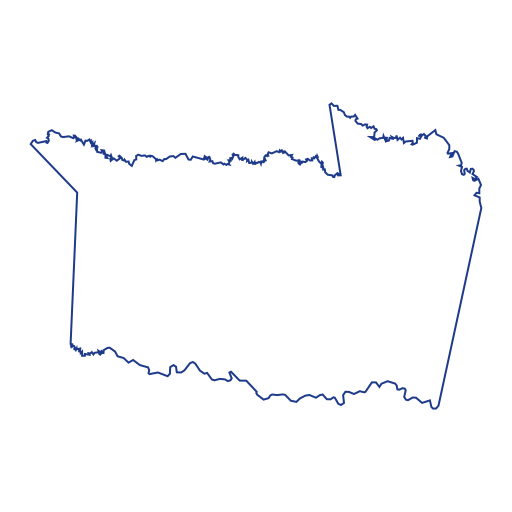 outline of Puerto Rondón, Arauca, Colombia
{"feature_id": "7082276B48605985455717", "entity_name": "Puerto Rondón", "entity_type": "district", "adm_level": 2, "iso_a3": "COL", "parent_name": "Colombia", "parent_adm1": "Arauca", "projection": "robinson", "projection_center": [-71.044, 6.421], "detail": "fine", "context": "isolated", "style": "outline", "palette": "blue", "viewbox_px": 512, "rotation_deg": 0, "n_neighbors": 0, "source": "geoboundaries", "source_scale": "gbopen_adm2", "svg_char_len": 6027}
<svg xmlns="http://www.w3.org/2000/svg" viewBox="0 0 512 512"><path d="M481.3,208.0L479.7,201.6L479.7,197.5L474.5,195.3L476.5,192.8L479.3,193.2L479.3,188.6L481.0,185.0L478.4,178.8L474.4,180.8L473.2,180.3L472.6,177.9L475.0,179.1L476.9,177.0L472.5,174.0L473.9,171.3L473.6,169.7L472.2,168.7L470.8,169.0L469.8,172.5L467.5,170.8L466.7,168.7L465.4,168.8L464.2,170.2L464.7,173.9L463.8,174.8L462.0,174.2L461.0,171.0L462.0,166.9L458.9,165.6L461.2,165.1L461.7,162.9L458.1,153.6L456.8,151.7L454.6,151.2L452.4,156.5L450.1,157.0L451.7,153.1L448.0,153.7L447.5,152.9L449.3,149.0L449.3,145.2L443.8,137.8L436.4,134.3L435.3,130.1L427.4,136.2L426.9,138.5L425.0,137.7L425.8,136.0L423.9,134.0L422.2,135.4L420.9,134.4L419.8,134.9L419.2,135.8L421.3,136.2L420.0,138.8L417.0,138.2L416.9,142.7L412.7,144.7L411.6,144.3L412.8,142.8L412.5,140.8L405.7,141.5L403.9,143.0L403.0,137.9L401.4,139.4L400.0,137.7L397.5,139.9L396.6,135.5L395.9,137.8L394.0,138.1L391.7,136.8L392.4,138.7L389.6,137.9L389.0,140.5L386.6,141.2L386.9,137.8L386.0,137.7L385.3,140.1L383.5,135.8L383.1,137.9L379.6,138.3L377.5,139.7L374.0,137.7L375.5,139.5L374.6,139.9L370.1,137.0L374.1,137.1L374.6,132.4L376.9,130.3L376.3,129.1L374.6,128.8L373.5,126.3L371.1,128.0L369.8,126.8L367.5,128.2L366.6,126.5L367.1,124.6L365.0,124.4L362.7,125.6L361.1,124.0L357.6,123.6L355.4,120.8L355.8,119.3L357.5,118.6L355.1,114.9L353.8,116.5L351.1,116.6L350.1,117.8L349.0,116.6L346.9,116.6L345.0,115.1L343.8,112.2L340.3,109.9L338.4,109.9L337.4,105.8L333.8,105.9L331.5,103.4L329.5,104.8L340.7,175.3L338.1,175.4L337.7,174.4L339.0,174.1L337.5,173.1L334.8,175.4L334.3,177.1L332.9,176.8L332.5,175.4L327.7,174.7L325.2,172.3L324.8,169.4L323.2,169.6L323.1,167.9L321.3,167.0L321.4,165.9L323.0,166.8L322.4,164.4L322.9,162.7L322.0,161.8L321.6,164.0L319.0,161.5L317.1,158.0L317.8,157.2L317.1,155.7L316.8,156.6L316.0,156.2L315.9,157.4L313.9,157.2L314.0,158.4L311.8,158.3L312.2,160.4L310.1,160.5L307.7,158.8L306.1,159.4L307.0,160.8L305.4,162.1L302.6,161.6L302.3,162.3L300.3,161.3L300.8,162.3L299.8,162.1L299.4,163.3L301.1,163.0L300.0,164.5L298.3,162.8L299.0,160.3L296.2,160.7L291.9,159.0L292.5,157.5L290.9,156.8L291.9,155.0L288.6,155.4L284.8,151.3L283.5,151.5L284.0,152.6L283.1,153.0L281.8,150.4L280.7,151.6L279.8,150.4L279.0,152.2L276.7,151.2L271.8,153.4L268.6,152.3L267.7,154.1L268.3,155.7L267.2,155.9L266.7,154.4L266.7,155.9L265.6,155.4L264.2,157.4L265.4,160.0L264.1,159.7L264.4,161.6L263.3,162.2L262.6,160.5L262.6,161.7L261.4,161.4L260.9,163.7L260.3,162.2L258.7,161.9L257.5,163.0L255.7,162.7L255.4,163.9L254.6,163.8L254.5,162.0L253.0,163.7L251.8,161.7L251.7,162.7L249.2,163.0L248.4,159.8L247.1,160.9L247.2,159.8L245.4,157.9L242.8,160.0L242.1,159.9L242.3,157.7L239.7,159.3L238.3,157.0L238.3,155.2L234.8,154.9L233.6,153.7L232.6,154.7L233.4,156.1L232.3,158.6L231.8,157.8L230.2,158.2L231.1,161.5L230.3,160.2L228.5,160.3L229.5,162.0L228.7,163.8L229.2,164.5L227.4,164.0L226.5,164.9L224.3,163.7L223.3,164.4L220.9,162.4L214.8,163.7L213.1,163.2L212.4,161.2L209.7,161.5L210.4,159.9L209.4,157.0L208.1,157.7L207.5,159.7L206.5,159.0L207.0,157.9L205.8,158.5L206.0,157.1L204.7,156.2L203.7,159.5L192.8,156.5L190.7,159.8L188.5,159.5L185.5,153.8L180.8,154.0L175.4,157.8L173.4,156.1L169.8,156.5L166.1,159.1L164.3,159.0L162.7,161.1L159.6,159.7L157.7,160.3L157.1,159.3L156.1,160.5L155.9,159.1L152.6,156.2L150.3,155.7L150.2,156.6L148.3,155.9L146.8,156.9L144.9,155.4L141.7,155.9L138.2,154.7L136.1,156.1L136.3,159.4L134.3,160.2L131.8,165.9L129.1,163.7L128.6,161.5L126.0,161.8L124.5,159.6L124.0,160.5L122.3,159.9L121.9,158.1L119.5,155.7L118.7,156.3L120.4,158.0L116.8,160.7L113.8,158.4L110.7,160.8L110.3,158.8L111.9,157.6L111.0,155.2L110.5,156.4L107.3,154.9L106.6,156.9L107.3,158.0L105.4,157.7L105.5,154.4L103.5,153.7L103.6,152.6L104.7,152.5L104.1,150.5L101.6,150.2L102.2,151.4L101.1,152.8L97.1,151.8L97.1,149.6L96.2,150.0L95.5,148.6L97.5,146.9L96.8,145.9L95.4,146.8L95.0,145.7L93.5,146.1L94.3,143.2L92.0,145.4L92.3,142.0L91.0,142.8L90.9,140.7L90.2,141.3L89.4,139.5L87.2,140.9L85.5,140.6L83.9,144.6L80.9,139.7L80.3,140.4L78.9,139.1L78.9,140.0L77.1,140.8L77.9,139.4L76.9,139.5L77.3,138.3L76.2,138.4L76.1,136.8L74.7,135.5L73.8,135.5L74.2,137.4L73.3,138.2L69.0,136.3L62.9,137.1L60.9,136.4L59.1,133.4L55.2,132.5L51.8,130.2L48.3,131.8L47.9,133.3L48.8,134.2L48.0,134.6L48.8,135.9L47.0,137.8L48.4,138.6L48.8,140.7L47.5,142.9L46.4,142.6L46.3,141.1L37.9,142.9L36.1,142.0L35.2,140.0L32.9,140.8L30.7,144.1L77.2,192.6L70.6,343.8L71.8,344.1L71.0,345.5L71.4,347.1L72.7,346.4L72.6,345.2L74.2,346.2L75.1,348.1L73.7,349.4L75.1,349.0L75.8,350.1L76.7,348.2L76.9,349.3L80.2,348.5L80.1,350.7L79.1,350.4L79.1,351.4L80.8,352.0L80.8,352.9L82.1,351.6L82.1,355.8L84.9,355.7L84.9,354.0L89.4,354.7L88.7,353.2L90.4,353.4L91.8,352.1L93.4,354.4L94.6,352.8L98.7,352.2L98.4,350.8L100.6,352.3L99.3,353.9L100.2,354.6L101.9,352.7L101.0,351.9L101.5,351.0L102.7,351.9L102.6,353.0L103.5,353.0L103.7,350.1L107.6,347.9L109.7,347.7L115.1,351.6L117.6,356.3L123.6,358.0L128.5,362.6L133.1,360.0L139.9,365.1L148.1,367.4L149.2,370.3L148.5,373.1L149.5,374.1L158.0,372.5L167.6,376.2L169.9,373.8L170.2,367.1L173.5,365.1L176.0,366.7L176.8,372.3L181.1,372.5L184.4,370.4L190.1,363.1L192.8,362.0L195.3,363.6L200.0,370.7L204.5,373.7L207.1,372.9L211.9,379.5L214.4,380.3L219.9,378.9L225.0,379.4L227.8,381.1L230.5,380.3L231.7,378.3L229.4,372.5L231.0,371.7L239.7,380.6L246.3,380.7L256.7,391.8L256.3,393.1L257.3,394.8L263.6,399.6L268.5,398.2L270.4,395.4L272.2,394.5L277.1,395.1L282.9,394.4L285.2,394.9L290.8,400.7L296.4,401.9L300.0,398.4L305.4,395.6L309.4,395.0L316.0,397.7L319.7,395.2L322.6,394.5L326.8,399.2L330.6,399.3L333.5,397.3L334.8,397.7L338.3,403.8L341.0,405.0L344.0,402.9L343.1,395.1L345.4,391.8L348.9,391.9L354.0,394.0L359.8,391.2L364.1,392.3L365.4,391.9L371.9,382.4L376.0,382.4L379.4,386.9L381.5,383.7L387.6,381.2L395.2,383.6L396.7,385.6L397.4,389.4L399.1,389.7L402.6,388.2L404.8,388.6L405.7,390.3L404.2,397.0L406.0,399.7L407.9,400.2L412.8,397.5L416.0,397.7L422.1,402.9L429.9,400.4L431.4,406.9L433.1,408.6L436.1,408.5L438.5,405.6L481.3,208.0Z" fill="none" stroke="#1e3a8a" stroke-width="2"/></svg>